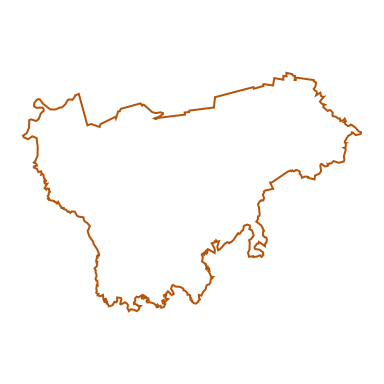 the district of Tempoal, Veracruz, Mexico
{"feature_id": "50627088B37050079543362", "entity_name": "Tempoal", "entity_type": "district", "adm_level": 2, "iso_a3": "MEX", "parent_name": "Mexico", "parent_adm1": "Veracruz", "projection": "robinson", "projection_center": [-98.337, 21.55], "detail": "fine", "context": "isolated", "style": "outline", "palette": "amber", "viewbox_px": 384, "rotation_deg": 0, "n_neighbors": 0, "source": "geoboundaries", "source_scale": "gbopen_adm2", "svg_char_len": 5955}
<svg xmlns="http://www.w3.org/2000/svg" viewBox="0 0 384 384"><path d="M128.9,311.1L130.8,309.3L134.3,309.8L136.5,311.1L138.4,310.0L139.3,308.4L139.2,307.2L140.5,306.0L138.0,305.9L137.3,304.7L136.4,304.8L135.3,303.7L134.0,304.1L133.9,302.4L135.3,301.0L135.1,298.5L136.6,296.7L138.5,297.3L142.7,294.8L144.8,296.1L142.1,296.6L141.8,298.3L143.6,298.7L144.7,297.9L146.8,297.8L148.4,298.5L148.6,300.1L147.3,300.0L146.5,301.2L147.3,302.5L149.4,302.1L153.6,303.4L155.9,305.1L156.6,307.2L157.4,307.1L156.9,305.3L157.5,304.6L158.7,306.6L160.6,305.9L161.3,307.8L163.8,307.1L165.4,303.8L164.8,303.3L162.9,303.5L162.2,300.8L163.7,300.0L164.8,302.1L168.1,299.1L165.8,298.7L165.4,297.6L165.9,295.8L164.2,296.4L163.8,295.2L165.5,294.5L168.0,291.3L171.5,294.9L173.5,294.3L173.7,293.3L171.1,288.9L172.0,285.7L173.0,285.0L175.8,286.6L179.8,286.8L182.6,288.1L183.5,289.0L183.4,290.2L185.1,290.7L187.3,292.9L187.6,294.8L188.4,294.4L190.2,295.4L190.1,297.1L191.1,298.0L190.3,298.9L190.6,300.0L192.3,300.4L191.9,301.5L193.9,303.2L195.9,303.6L198.4,301.7L198.4,300.6L199.9,299.5L199.0,297.5L198.9,295.0L201.4,295.6L203.3,291.5L205.5,289.5L206.6,285.2L209.1,284.4L210.4,282.7L210.7,279.4L212.2,278.3L211.6,277.9L212.8,277.0L211.2,276.9L209.2,272.3L209.5,271.6L208.4,271.1L209.4,269.6L208.9,268.3L206.6,269.5L206.1,268.7L206.3,267.7L207.6,268.4L207.7,266.5L206.3,266.3L205.5,264.7L206.0,264.2L202.0,261.4L202.9,257.2L201.9,255.3L202.9,254.7L203.2,254.0L202.6,253.8L203.7,253.0L204.4,254.3L205.4,251.7L206.5,253.6L207.2,253.0L207.4,250.8L206.9,250.3L207.8,249.1L214.7,252.9L214.8,249.3L211.8,243.2L214.6,242.5L214.7,241.4L216.0,241.8L216.2,240.4L217.7,241.7L219.0,241.3L217.3,246.8L218.1,250.2L220.1,249.2L224.9,243.7L227.4,242.1L229.2,243.3L230.0,242.3L231.2,242.1L233.4,240.1L237.4,234.0L238.2,233.2L238.7,234.0L240.3,233.4L241.5,231.3L243.1,230.1L243.8,226.1L244.4,225.6L247.4,224.6L249.7,225.4L250.1,226.9L249.3,228.9L252.1,230.6L253.7,235.5L251.1,239.0L249.1,240.1L249.7,242.7L249.5,249.7L248.0,252.7L249.0,256.8L253.1,256.2L253.2,257.0L256.9,256.6L259.9,255.3L261.5,256.9L262.6,255.9L262.7,254.8L263.3,254.8L263.0,252.3L259.3,249.6L255.4,249.1L254.7,248.4L254.6,246.9L257.1,243.6L258.4,243.7L258.9,241.8L265.0,246.2L265.1,243.9L266.6,242.0L266.8,239.0L266.2,237.4L264.7,237.3L262.8,235.3L263.3,230.5L263.9,230.5L261.3,225.5L256.3,221.6L257.8,219.5L258.0,216.5L259.2,216.0L259.7,214.8L259.0,207.6L258.0,204.4L259.7,201.3L261.3,200.8L261.4,200.2L263.3,200.4L264.1,197.8L262.8,194.8L264.1,192.4L263.9,191.5L265.6,190.3L273.1,188.9L270.2,182.6L271.4,182.6L274.0,181.0L287.8,171.6L290.6,170.6L291.4,171.3L292.4,170.4L294.0,171.4L296.1,169.9L299.0,170.9L299.9,172.3L299.6,173.8L301.3,175.5L302.0,177.8L304.9,176.6L307.4,176.7L308.2,176.9L308.1,177.8L314.5,179.4L315.1,175.5L319.4,173.7L321.1,171.1L320.3,165.3L320.8,164.2L321.7,164.0L324.7,166.3L326.1,166.3L327.9,165.7L327.7,164.4L328.2,164.8L329.3,163.4L331.1,163.5L333.5,161.1L338.9,162.8L343.9,161.5L344.4,159.3L343.8,156.6L345.8,149.6L345.6,148.7L343.9,147.8L345.1,147.5L345.9,146.2L345.6,143.1L346.1,142.9L344.8,142.5L344.9,141.3L348.1,135.9L351.8,133.9L351.8,132.4L353.1,132.6L355.6,135.1L359.9,134.2L360.9,133.6L361.0,132.3L358.4,131.1L355.3,127.5L351.7,124.9L350.7,124.6L350.1,125.5L347.8,126.0L345.2,124.0L345.1,122.5L344.1,122.2L345.9,121.3L344.7,118.7L343.6,120.1L340.3,121.1L340.1,118.6L338.0,118.5L336.0,116.8L332.8,116.1L332.4,115.3L332.7,112.8L331.3,110.9L329.9,110.0L327.7,110.9L323.3,107.2L323.3,105.9L325.0,104.8L321.8,103.7L319.9,101.6L323.8,96.8L322.8,97.0L321.1,96.0L320.3,92.7L316.2,95.2L316.9,93.2L316.5,91.4L314.6,90.4L313.7,88.8L315.1,87.1L316.2,83.1L315.9,82.3L313.9,81.4L313.8,80.1L297.1,77.7L296.0,78.3L295.8,80.0L294.6,80.0L295.0,76.0L293.1,75.7L292.1,74.1L286.4,72.9L286.5,76.4L283.4,75.9L283.3,79.7L274.3,78.1L273.0,85.5L264.0,84.1L263.1,84.5L263.4,86.0L253.9,88.7L253.4,87.1L215.0,97.2L213.9,107.5L189.4,110.6L189.2,112.0L184.7,112.5L185.0,114.6L158.3,117.9L155.7,119.1L154.3,118.4L159.1,116.7L162.8,114.2L162.9,113.1L160.4,112.3L156.0,113.1L152.3,112.2L144.0,104.8L142.9,104.6L142.1,105.7L140.5,103.4L120.7,108.9L119.8,111.3L118.1,111.5L116.0,118.1L115.7,116.7L100.4,124.2L99.6,127.0L91.2,124.0L87.4,125.3L78.8,93.9L75.1,95.4L75.1,96.3L72.3,99.9L70.0,99.3L67.7,100.1L65.3,104.3L62.0,107.4L59.9,107.5L55.6,109.5L50.2,109.4L42.9,103.6L39.9,99.5L38.6,99.1L36.8,99.7L34.4,102.8L34.0,106.2L36.4,107.8L42.4,107.6L43.7,109.4L43.6,110.8L40.9,113.3L38.9,118.7L36.9,120.6L35.7,120.9L31.3,119.4L29.3,120.0L29.0,127.9L26.6,133.4L23.0,135.7L23.9,137.4L28.0,139.2L32.4,136.3L36.6,138.1L37.7,146.9L37.6,155.7L35.0,161.6L33.9,162.6L36.1,163.6L37.0,165.6L33.9,166.5L33.8,167.5L37.1,169.0L38.4,172.1L41.2,171.4L41.6,173.0L41.2,174.6L42.5,174.1L43.5,174.9L43.8,177.7L44.8,179.0L44.4,179.9L46.1,180.6L45.8,181.4L44.3,181.9L44.7,183.2L45.7,184.1L47.2,183.7L44.6,188.1L46.2,189.7L47.6,188.4L49.1,188.9L49.0,190.8L50.0,191.8L48.8,193.1L48.6,194.9L47.7,196.1L48.9,198.3L47.9,198.7L48.8,199.9L54.1,201.0L54.3,201.7L56.3,202.4L56.7,203.5L57.6,203.3L58.2,202.0L60.5,206.4L61.3,206.6L61.5,208.0L63.7,208.0L63.6,209.0L66.2,209.8L67.2,211.3L67.9,211.8L68.6,211.4L70.2,212.9L71.7,211.5L74.8,211.6L77.0,215.7L78.6,216.6L83.5,217.3L83.8,219.9L84.9,221.6L87.1,222.8L89.9,226.1L87.7,231.1L87.9,232.1L89.2,236.0L93.3,242.0L93.5,243.8L97.1,249.2L99.1,254.1L99.0,256.4L98.4,254.7L96.9,256.3L97.6,257.7L96.6,258.5L96.2,261.2L97.3,261.8L96.5,262.8L97.3,264.0L96.8,266.1L94.5,268.4L95.8,270.6L95.5,272.0L96.4,274.5L96.5,276.1L95.5,278.9L96.3,280.5L97.3,280.7L97.7,285.5L96.8,285.2L96.3,288.6L96.8,291.1L96.2,292.5L96.7,293.4L98.5,293.8L97.7,295.4L100.7,296.2L102.9,294.9L103.5,299.3L104.7,299.1L103.8,300.1L104.5,301.9L105.3,302.0L105.5,299.8L106.2,299.8L106.0,300.5L107.2,301.9L106.7,303.6L107.7,303.8L108.9,306.4L112.5,305.2L114.5,301.8L116.0,302.4L117.1,301.5L117.1,297.5L120.8,297.9L121.5,298.9L120.2,303.9L121.0,304.4L125.0,302.3L126.8,303.4L128.1,305.3L127.4,307.8L128.9,311.1Z" fill="none" stroke="#b45309" stroke-width="2"/></svg>